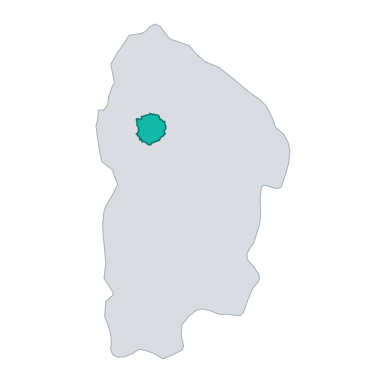 Tseza, Daga, Bhutan (highlighted), rotated 91°
{"feature_id": "84629894B57914849969567", "entity_name": "Tseza", "entity_type": "district", "adm_level": 2, "iso_a3": "BTN", "parent_name": "Bhutan", "parent_adm1": "Daga", "projection": "natural_earth1", "projection_center": [89.809, 27.158], "detail": "fine", "context": "in_parent", "style": "filled", "palette": "teal", "viewbox_px": 384, "rotation_deg": 91, "n_neighbors": 0, "source": "geoboundaries", "source_scale": "gbopen_adm2", "svg_char_len": 5703}
<svg xmlns="http://www.w3.org/2000/svg" viewBox="0 0 384 384"><g transform="rotate(91 192 192)"><path d="M313.9,161.4L313.3,164.1L310.5,171.4L308.7,179.3L310.3,185.8L316.6,193.5L325.2,199.7L336.0,200.2L345.9,197.8L349.9,198.8L355.4,209.1L359.3,218.1L354.1,227.3L351.3,235.4L350.3,241.1L350.9,243.6L354.2,248.2L358.0,256.2L358.5,263.5L356.2,268.3L351.0,270.7L345.6,270.0L341.1,270.1L335.4,270.9L326.6,273.6L318.3,277.1L302.9,276.4L296.7,269.3L293.8,269.2L279.8,278.5L264.5,276.9L236.6,280.0L225.0,280.8L213.1,279.7L207.0,277.7L195.8,271.2L185.6,266.4L175.2,270.8L171.6,271.6L163.2,282.8L145.2,286.5L127.3,289.2L122.0,287.7L111.9,287.1L111.5,284.4L111.8,281.9L109.5,279.9L105.4,277.8L98.3,276.9L89.2,274.1L84.0,271.5L65.6,275.4L54.9,269.5L42.7,261.4L36.5,257.8L34.3,245.3L32.2,241.2L27.4,237.0L24.7,232.0L26.9,226.8L39.0,217.2L40.0,215.0L45.7,197.1L53.5,190.6L61.2,181.6L67.0,167.3L78.2,152.5L90.6,137.4L99.0,125.1L104.6,119.4L116.2,113.2L125.9,109.6L132.6,101.4L140.7,96.8L149.0,94.8L161.3,95.9L172.9,98.8L185.6,102.9L187.1,106.2L186.0,112.1L184.2,118.0L184.1,121.0L186.1,122.7L198.5,123.8L213.7,122.9L222.3,123.7L241.4,129.2L246.9,133.0L252.8,136.0L258.5,135.5L265.6,129.1L273.2,123.8L277.9,122.9L281.3,124.6L287.4,129.8L299.9,134.6L311.2,138.2L314.8,141.6L313.6,156.4L313.9,161.4Z" fill="#d9dde1" stroke="#a8b0b8" stroke-width="1"/><path d="M117.3,243.3L117.4,243.6L117.6,243.9L117.9,244.0L118.2,243.9L118.3,243.9L118.5,243.9L119.1,243.7L119.3,243.7L119.6,243.8L119.8,243.9L120.1,244.0L120.2,244.5L120.2,245.0L120.3,245.2L120.5,245.5L120.5,246.0L120.2,246.3L119.9,246.7L119.8,246.8L119.8,247.1L119.7,247.3L119.8,248.1L119.7,248.4L119.7,248.5L120.1,248.8L120.4,248.9L120.7,248.9L121.0,248.9L121.4,248.6L122.1,248.5L122.3,248.4L122.6,248.2L122.9,248.1L123.0,248.1L123.4,248.0L123.6,248.0L123.8,248.0L124.2,248.0L124.4,248.0L125.1,248.2L125.4,248.2L125.6,248.2L126.0,248.3L126.3,248.1L126.5,248.0L126.7,247.8L127.0,247.6L127.2,247.4L127.5,247.1L127.7,246.9L127.8,246.8L128.2,246.7L128.6,246.6L128.8,246.6L129.1,246.6L129.3,246.7L129.5,246.7L129.9,246.7L130.0,246.7L130.3,246.6L130.8,246.6L131.0,246.6L131.5,246.5L131.7,246.4L132.4,246.7L132.6,246.9L132.7,247.0L133.0,246.9L133.4,246.8L133.5,246.7L133.8,246.9L133.9,247.0L134.0,247.3L134.3,247.6L134.4,247.8L134.4,248.0L134.6,248.3L134.8,248.6L135.1,248.6L135.2,248.4L135.4,248.3L135.5,248.2L135.7,247.9L135.9,247.6L136.0,247.5L136.1,247.4L136.1,247.2L136.4,247.0L136.5,247.0L136.9,247.0L136.9,246.9L137.0,246.8L137.2,246.6L137.3,246.3L137.5,246.2L137.6,245.9L137.8,245.8L137.8,245.7L137.8,245.4L138.2,245.2L138.3,245.3L138.5,245.2L138.5,245.3L138.8,245.3L139.0,245.3L139.3,245.4L139.5,245.4L139.7,245.2L139.9,245.2L140.0,245.2L140.2,245.3L140.3,245.3L140.5,245.3L140.6,245.2L140.4,244.9L140.5,244.8L140.5,244.7L140.7,244.4L140.4,244.3L140.2,244.2L140.0,243.9L140.0,243.7L140.3,243.5L140.4,243.4L140.4,243.2L140.5,243.1L140.8,243.0L141.0,243.0L141.3,243.0L141.6,243.0L142.0,243.1L142.4,243.1L142.5,242.8L142.7,242.6L142.8,242.5L142.8,242.4L142.7,242.2L142.5,241.8L142.4,241.6L142.4,241.2L142.6,240.8L142.7,240.6L142.8,240.4L143.0,239.9L143.1,239.6L143.1,239.4L143.1,239.1L143.2,238.8L143.4,238.8L143.7,238.6L143.8,238.5L144.0,238.2L144.2,237.9L144.4,237.9L144.5,237.8L144.7,237.5L144.8,237.3L144.9,237.2L145.0,237.0L145.2,236.6L145.3,236.3L145.5,236.0L145.6,235.9L145.6,235.7L145.8,235.4L145.6,235.2L145.5,234.9L145.5,234.7L145.4,234.4L145.4,234.1L145.2,234.0L145.0,233.9L144.8,233.9L144.7,233.9L144.6,233.7L144.4,233.6L144.1,233.4L143.8,233.4L143.7,232.8L143.6,232.6L143.5,232.4L143.3,232.2L143.4,231.8L143.3,231.6L143.2,231.4L143.1,231.2L142.9,230.5L142.7,230.4L142.4,230.0L142.1,229.8L142.2,229.3L142.1,229.1L142.0,228.7L141.9,228.4L142.0,228.2L141.9,227.9L141.7,227.7L141.5,227.4L141.3,227.0L141.3,226.8L141.2,226.6L141.1,226.4L141.1,226.2L141.0,225.9L140.9,225.7L140.7,225.4L140.1,225.3L140.0,225.2L139.7,225.3L139.4,225.1L139.2,224.9L138.9,224.7L138.5,224.6L138.5,224.4L138.3,224.3L138.1,224.1L137.9,224.0L137.7,223.9L137.5,223.6L137.4,223.5L137.2,223.3L137.1,223.2L137.0,222.9L136.6,221.9L136.4,221.6L136.2,221.4L135.7,221.3L135.4,221.3L135.3,221.1L135.1,220.9L134.9,220.6L134.8,220.4L134.5,219.9L134.4,219.8L134.2,219.8L134.0,220.0L133.5,220.2L133.1,220.4L132.6,220.7L132.1,220.7L131.8,220.7L131.5,220.8L131.0,220.9L130.7,220.5L130.3,220.2L129.4,219.4L129.1,219.3L128.3,219.5L127.7,219.4L127.4,219.2L127.0,219.5L126.5,219.6L125.9,219.6L125.5,219.8L125.4,219.8L125.2,220.0L124.9,220.1L124.8,220.3L124.5,220.5L124.4,220.7L124.1,220.9L123.8,220.8L123.5,220.6L123.3,220.5L123.1,220.7L122.8,220.7L122.5,220.5L122.3,220.5L122.1,220.5L122.1,220.9L122.1,221.1L122.1,221.3L121.9,221.5L121.7,221.9L121.7,222.0L121.7,222.3L121.6,222.5L121.6,222.8L121.4,222.9L121.3,223.0L121.2,223.1L120.8,223.2L120.7,223.3L120.5,223.5L120.4,223.8L120.3,224.0L120.1,224.3L120.0,224.5L120.2,224.8L120.1,225.0L119.7,225.4L119.1,225.6L118.7,225.6L118.6,225.8L118.5,226.0L118.4,226.1L117.8,226.0L117.7,226.0L117.3,226.2L117.2,226.2L116.9,226.3L116.7,226.4L116.7,226.8L116.3,227.1L116.0,227.2L115.9,227.3L115.8,227.5L115.7,228.2L115.7,228.4L115.7,228.8L115.7,229.0L115.4,229.9L115.4,230.0L115.2,230.6L115.0,230.8L115.0,231.1L115.0,231.3L115.0,231.5L114.9,231.7L114.9,231.9L114.9,232.0L115.0,232.5L115.3,232.7L115.3,232.8L115.3,233.1L115.2,233.3L115.0,233.7L114.8,234.0L114.7,234.2L114.6,234.3L114.4,234.6L114.3,235.3L114.6,235.4L115.2,236.5L115.5,236.7L115.6,236.8L115.7,237.0L115.9,237.5L116.0,238.2L116.0,238.6L115.9,238.9L115.9,239.1L116.0,239.2L116.0,239.5L116.3,239.8L116.5,240.0L116.6,240.3L116.7,240.7L116.9,241.4L116.9,241.5L117.2,241.8L117.3,242.1L117.4,242.3L117.4,242.5L117.3,242.9L117.2,243.1L117.3,243.3Z" fill="#14b8a6" stroke="#0f766e" stroke-width="1.5"/></g></svg>